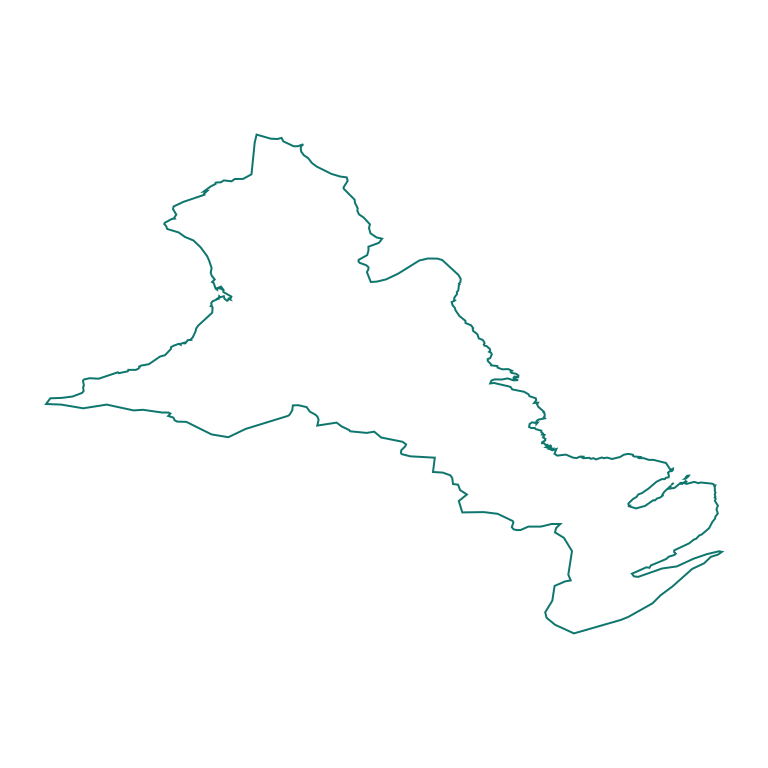 Strandabyggð, Vestfirðir, Iceland (Robinson projection)
{"feature_id": "244011B90835463390859", "entity_name": "Strandabyggð", "entity_type": "district", "adm_level": 2, "iso_a3": "ISL", "parent_name": "Iceland", "parent_adm1": "Vestfirðir", "projection": "robinson", "projection_center": [-21.814, 65.764], "detail": "fine", "context": "isolated", "style": "outline", "palette": "teal", "viewbox_px": 768, "rotation_deg": 0, "n_neighbors": 0, "source": "geoboundaries", "source_scale": "gbopen_adm2", "svg_char_len": 6116}
<svg xmlns="http://www.w3.org/2000/svg" viewBox="0 0 768 768"><path d="M628.1,617.0L652.7,603.2L660.5,595.3L672.4,586.5L692.2,568.9L704.1,563.3L710.9,556.8L718.0,554.6L721.9,551.8L718.9,551.3L706.7,554.2L693.3,558.8L676.9,566.4L662.0,568.5L638.1,576.9L633.9,576.3L631.9,573.7L646.4,567.3L649.4,567.8L650.9,565.4L666.2,559.0L668.7,556.7L674.3,555.0L675.8,553.7L674.1,552.0L674.3,550.3L689.2,543.3L693.7,539.7L696.2,538.7L699.3,535.4L701.7,534.5L709.1,528.2L712.4,521.9L715.1,518.5L715.4,516.6L717.8,513.5L716.5,509.3L717.9,505.6L714.9,500.9L715.7,498.7L714.7,497.4L715.4,496.6L714.7,494.4L715.5,492.7L714.9,491.1L714.7,486.9L715.3,485.4L714.1,485.5L713.4,484.1L711.4,483.6L700.9,482.5L698.3,483.1L694.2,481.9L686.6,483.9L684.9,483.3L686.4,481.6L685.7,481.1L682.3,483.9L680.9,483.8L681.6,482.9L680.6,482.9L674.5,487.9L669.1,488.7L671.1,485.5L664.3,491.8L662.3,494.8L662.8,495.5L660.2,497.5L657.2,498.4L654.9,500.4L653.3,500.2L645.1,505.9L636.0,508.4L629.2,506.3L629.8,505.6L628.7,505.5L628.4,503.5L633.0,499.0L636.6,496.9L638.2,494.5L641.9,493.1L648.5,488.6L656.4,481.8L661.8,479.1L664.9,479.1L665.7,477.9L668.6,477.3L668.9,475.5L668.0,472.6L669.9,471.1L671.7,471.2L672.8,470.1L673.0,468.7L671.4,469.5L669.9,469.0L666.0,463.0L653.5,459.9L649.0,459.9L643.4,458.1L639.1,458.2L638.7,458.0L640.0,456.9L634.0,456.5L632.9,455.7L633.0,454.9L631.6,454.4L628.1,453.9L623.9,454.7L620.1,457.0L612.0,459.0L607.3,457.6L603.8,458.2L601.8,457.5L595.9,459.4L593.5,458.2L590.9,458.8L589.2,457.8L583.4,458.2L582.2,457.6L583.1,456.7L580.4,456.5L576.5,458.1L572.9,457.6L565.9,454.6L557.2,455.6L554.5,453.8L556.4,449.0L552.4,450.3L551.1,449.7L552.4,448.7L549.3,448.8L551.7,446.4L548.8,448.1L551.3,445.2L548.7,446.3L548.5,447.9L545.9,447.2L547.9,446.1L547.5,444.8L545.5,444.9L544.0,443.2L542.0,443.2L542.1,442.3L545.9,440.0L544.9,440.2L545.4,438.8L543.0,437.4L544.5,435.0L542.1,434.6L543.0,433.5L541.3,432.3L541.4,430.7L535.7,429.1L534.8,428.0L531.2,428.0L529.1,427.0L529.6,424.0L532.1,422.3L536.4,423.1L536.4,424.0L537.6,422.6L535.8,422.8L536.5,421.2L538.1,419.7L544.9,418.3L543.8,417.2L544.7,416.2L544.6,413.4L543.5,412.4L543.9,411.8L538.1,406.6L537.1,404.3L538.0,402.7L534.1,403.0L536.2,400.3L535.8,398.3L529.5,396.2L528.5,394.3L524.2,391.8L512.2,389.4L510.8,387.2L509.2,386.5L494.1,383.0L490.2,383.4L491.5,380.5L494.6,379.4L502.0,379.5L507.6,378.4L513.6,380.4L518.2,380.1L513.7,378.7L513.5,377.9L514.5,376.6L518.2,377.1L518.4,375.4L516.1,373.8L511.6,372.9L510.7,372.0L512.1,370.8L508.3,369.1L502.2,369.3L497.6,367.6L497.4,366.1L491.1,365.3L491.1,364.4L487.7,360.8L487.7,359.1L490.1,358.2L491.8,354.4L491.1,352.8L489.1,351.8L490.2,350.8L489.8,348.9L486.6,346.1L484.3,345.6L483.8,344.4L484.5,343.4L484.3,342.2L482.7,339.9L478.8,338.4L477.4,334.2L473.3,331.1L472.6,329.0L473.2,328.2L471.1,325.3L465.5,323.0L465.4,320.8L459.5,316.1L455.5,310.3L455.0,308.2L452.5,305.1L451.7,302.1L455.0,300.4L454.2,299.7L454.3,297.7L457.1,293.9L456.8,292.1L458.3,290.5L458.9,285.1L459.6,284.4L459.0,283.6L460.4,282.0L460.7,278.8L458.4,274.9L442.2,260.0L437.3,258.6L427.9,258.5L419.3,260.5L398.1,273.7L386.0,279.4L376.9,281.6L370.8,282.0L366.9,272.1L368.5,269.0L368.4,267.1L366.2,265.2L359.8,262.9L358.6,261.7L358.6,259.9L367.2,255.1L368.5,250.4L368.4,246.7L379.0,242.8L382.1,238.7L376.7,237.5L370.5,233.4L369.0,228.1L369.9,224.3L363.6,217.5L358.9,214.3L357.3,210.6L357.7,208.3L355.0,202.9L354.6,199.7L343.7,188.7L343.6,187.3L347.7,180.8L346.7,177.4L340.1,176.5L331.4,173.9L316.9,166.7L312.1,163.2L308.1,158.1L303.8,155.2L301.2,151.6L300.7,147.7L301.4,146.0L303.3,144.3L297.8,146.2L293.8,146.3L283.4,141.4L281.5,137.9L277.4,139.0L270.9,138.7L256.6,134.6L254.7,142.6L251.5,174.3L243.1,178.9L234.8,179.0L231.5,181.3L223.9,180.4L220.8,182.3L216.1,182.5L215.3,183.2L215.5,184.0L210.9,186.3L203.8,191.5L207.0,191.1L204.1,193.7L204.5,194.7L183.3,201.9L173.6,206.5L173.0,209.1L176.3,214.6L174.2,217.8L174.8,218.6L171.9,218.9L164.7,222.8L164.3,224.1L166.1,226.0L167.2,229.0L178.6,232.4L184.9,236.9L193.5,240.5L200.7,247.4L207.1,256.1L209.1,260.6L211.6,267.9L210.7,272.8L211.8,275.8L214.7,279.5L212.1,282.0L213.7,283.0L215.7,288.8L217.0,289.6L216.8,288.3L220.3,288.5L218.4,287.7L221.0,286.6L222.8,289.0L220.5,288.5L223.3,290.1L223.4,292.0L231.4,296.6L230.9,297.9L229.3,298.3L230.2,299.5L228.4,298.9L227.7,300.5L226.9,300.7L224.5,298.7L223.8,296.2L219.3,297.5L219.7,296.8L219.2,296.2L218.8,297.8L217.5,298.5L218.2,298.9L212.5,301.3L211.2,303.3L211.6,305.1L210.8,306.1L212.2,306.6L212.6,307.8L212.2,312.7L198.1,325.7L196.1,328.6L195.6,331.2L192.8,337.3L191.2,338.9L191.4,339.9L187.8,340.1L185.3,343.4L183.2,343.2L185.5,342.3L180.7,343.8L180.7,344.8L178.8,343.8L173.7,345.7L171.1,347.1L170.8,349.1L165.0,355.2L160.1,356.5L148.9,364.2L141.0,365.6L139.2,366.6L139.5,367.5L138.3,368.7L135.8,369.9L128.3,369.9L127.8,371.3L118.8,373.2L117.9,372.3L98.7,378.7L89.7,378.2L83.9,379.5L83.0,380.7L83.9,385.6L83.1,387.2L83.6,391.1L82.1,392.9L72.7,396.5L61.6,397.9L50.3,398.3L46.1,404.0L61.3,404.6L83.2,408.3L106.7,404.6L133.5,410.4L143.0,409.8L161.9,412.5L168.7,412.6L170.4,413.6L168.2,416.0L173.4,417.6L174.6,420.2L177.1,421.6L186.4,421.9L211.5,434.4L228.3,437.2L245.7,428.9L287.9,415.9L289.5,414.8L292.2,410.5L292.9,405.4L298.2,405.2L306.6,407.1L309.9,411.7L315.3,414.6L317.4,416.6L318.6,419.7L317.3,425.6L336.6,422.6L341.6,426.4L349.3,430.1L350.1,431.3L366.6,432.9L374.2,431.7L381.2,437.5L402.6,441.8L406.1,444.4L405.1,446.5L401.3,450.2L400.9,452.8L401.7,454.1L410.2,456.3L434.8,457.7L433.0,472.0L442.8,472.6L450.3,475.3L452.2,477.9L453.0,484.0L458.1,484.7L460.1,490.1L466.9,494.5L458.8,501.0L462.3,512.4L483.7,512.1L497.6,513.8L512.7,521.0L513.4,522.4L511.8,527.2L513.6,529.3L516.8,530.1L520.6,530.0L528.4,526.6L540.8,526.6L551.6,524.0L560.3,524.0L556.1,528.1L555.0,532.4L563.9,537.8L572.0,551.1L568.3,574.6L570.7,580.4L565.1,581.4L554.6,585.9L552.3,600.7L545.2,612.3L546.6,617.8L555.1,624.8L573.9,633.4L620.9,619.9L628.1,617.0ZM685.5,478.8L688.5,476.3L688.9,475.6L687.2,475.7L685.8,477.3L686.3,477.9L684.9,478.8L685.5,478.8ZM517.6,377.2L515.6,377.1L514.8,377.5L517.6,377.2ZM671.2,484.9L672.6,483.8L673.7,482.9L671.2,484.9Z" fill="none" stroke="#0f766e" stroke-width="2"/></svg>